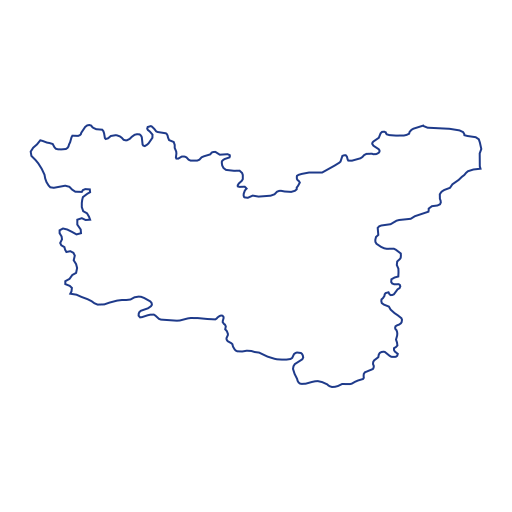 the district of Vileyka, Minsk, Belarus
{"feature_id": "67162791B71807573158689", "entity_name": "Vileyka", "entity_type": "district", "adm_level": 2, "iso_a3": "BLR", "parent_name": "Belarus", "parent_adm1": "Minsk", "projection": "natural_earth1", "projection_center": [27.139, 54.501], "detail": "fine", "context": "isolated", "style": "outline", "palette": "blue", "viewbox_px": 512, "rotation_deg": 0, "n_neighbors": 0, "source": "geoboundaries", "source_scale": "gbopen_adm2", "svg_char_len": 6016}
<svg xmlns="http://www.w3.org/2000/svg" viewBox="0 0 512 512"><path d="M70.3,293.7L76.5,294.7L81.4,296.9L87.6,299.2L91.6,301.2L94.3,303.2L97.6,304.6L104.3,304.4L109.5,302.6L117.1,300.6L121.9,300.0L126.3,300.0L130.5,299.5L134.5,297.3L138.7,296.6L141.1,296.8L144.2,298.0L150.3,301.4L151.6,303.0L151.9,304.8L151.0,306.2L148.0,308.3L140.8,310.8L139.3,312.2L138.7,313.7L138.6,315.7L140.1,317.4L142.1,317.1L147.6,315.3L150.2,314.7L153.8,314.6L155.4,315.6L159.0,318.9L161.0,319.6L176.9,320.7L179.8,320.5L187.9,318.4L190.8,318.0L198.1,318.1L207.3,319.0L215.3,319.4L216.7,318.5L217.5,317.5L219.6,316.0L221.1,315.5L222.5,315.7L223.5,316.9L223.6,318.0L222.8,320.9L222.7,322.2L224.1,324.1L224.9,324.5L225.8,326.4L225.2,329.3L226.9,331.2L227.9,333.9L227.9,335.0L226.5,338.1L226.5,339.1L226.9,340.1L227.7,341.2L231.3,343.2L232.4,344.2L233.0,346.6L234.7,349.5L235.8,350.6L237.3,351.3L242.2,351.5L246.8,350.7L251.4,351.0L254.6,352.0L259.1,352.6L267.5,356.6L274.6,358.8L277.0,359.3L282.0,359.6L286.4,359.6L290.5,359.0L292.2,357.9L294.0,354.1L295.5,353.0L297.0,352.5L300.9,353.0L301.9,353.8L302.8,355.4L303.2,357.5L302.3,359.3L294.8,364.1L293.5,366.2L293.0,368.9L294.6,373.9L297.1,378.9L297.6,380.8L298.6,382.5L300.0,383.6L301.7,383.9L305.7,383.7L311.8,382.0L315.0,381.3L317.8,381.1L322.2,382.1L327.3,384.4L328.3,385.4L329.6,386.2L332.0,387.0L335.0,386.8L338.0,386.0L342.1,384.0L349.9,384.1L351.7,383.7L355.0,381.8L358.0,380.5L363.0,379.0L363.8,377.8L363.6,375.9L363.8,373.9L364.9,372.3L372.9,369.0L373.6,367.7L373.8,366.0L373.0,364.0L373.2,362.0L374.1,360.4L378.3,357.2L378.8,354.5L379.8,352.9L381.5,352.0L383.7,351.7L384.9,352.0L389.6,355.8L391.3,356.8L393.9,356.9L395.8,356.8L397.2,355.8L397.8,353.9L394.8,351.5L394.0,350.0L394.0,348.2L396.0,347.0L397.4,345.5L397.0,342.5L396.0,339.6L397.1,335.7L397.3,333.8L397.1,332.0L396.5,330.2L395.5,329.2L395.1,327.9L395.5,326.3L397.3,325.2L398.9,324.7L400.9,323.3L401.6,322.2L402.0,319.8L401.4,318.2L397.9,315.4L394.5,313.1L390.6,309.6L388.9,306.6L383.9,304.6L381.8,303.1L381.3,301.1L381.5,299.4L382.9,298.2L384.4,296.0L384.7,294.3L385.6,293.1L388.5,292.3L389.4,294.1L390.6,295.1L392.3,295.0L393.9,294.3L397.6,289.3L399.5,288.2L400.3,286.4L399.9,285.0L398.7,284.2L394.3,284.3L392.2,283.5L391.2,282.0L391.4,279.3L394.6,277.5L398.3,276.5L398.5,272.5L398.4,268.7L396.8,265.0L397.2,261.5L399.9,259.0L400.7,257.8L400.9,255.7L400.8,253.5L395.8,249.7L393.8,248.7L386.7,248.8L384.2,248.3L381.1,246.9L376.5,243.8L375.4,241.9L375.3,239.9L376.0,237.0L378.3,234.9L377.7,227.9L379.2,226.3L381.3,225.5L390.6,224.2L396.5,220.7L399.1,220.0L410.7,218.8L414.9,216.2L428.4,211.7L428.7,210.1L428.7,208.6L431.9,206.2L437.4,205.5L440.0,204.3L440.8,202.5L440.6,200.7L439.9,198.8L439.8,194.3L441.0,192.4L442.0,191.4L444.2,190.0L450.0,187.8L452.4,184.3L458.7,179.9L461.9,176.8L464.3,175.0L466.1,172.8L468.0,171.2L473.4,169.5L480.5,168.7L479.8,166.3L479.7,153.4L481.3,149.0L479.9,142.6L478.8,139.3L475.7,137.2L467.5,136.0L464.4,135.2L464.2,133.9L463.1,132.1L459.5,130.4L449.6,128.8L427.6,127.7L423.4,126.0L423.2,125.6L413.4,128.7L411.5,129.8L409.6,131.9L409.1,133.7L406.6,134.9L404.0,135.5L396.0,135.6L389.3,135.1L386.7,134.3L386.0,133.3L385.8,132.4L384.2,131.7L382.0,131.9L380.6,133.3L378.8,137.8L373.4,141.5L372.5,142.5L372.2,143.8L373.4,145.7L378.7,149.2L379.5,150.4L379.5,151.6L378.9,152.6L377.5,153.5L376.1,154.1L373.3,154.2L371.9,153.7L366.4,153.9L364.1,155.1L362.4,157.0L360.4,158.3L351.9,160.7L348.3,160.6L347.7,159.6L346.9,156.6L345.7,155.2L344.1,155.3L342.4,155.9L340.5,161.6L339.3,162.7L334.6,165.6L322.2,172.5L309.2,172.5L301.8,173.9L298.7,174.8L297.0,175.8L296.8,176.9L296.9,178.9L297.6,180.1L299.0,181.2L299.8,182.6L298.0,185.9L296.7,187.6L296.7,189.3L294.9,190.8L291.2,191.9L284.7,191.5L281.0,190.8L279.1,190.9L277.0,191.7L274.5,194.3L270.6,195.7L258.6,196.6L252.7,195.6L247.8,197.8L244.6,197.4L244.0,196.9L243.6,195.5L243.7,193.8L244.7,190.9L245.5,189.7L246.6,188.6L245.6,187.5L244.7,186.7L239.5,186.9L237.8,186.4L237.7,185.3L238.8,183.5L241.8,180.8L242.8,179.1L242.8,175.0L242.1,173.0L239.6,170.7L234.0,170.8L226.0,169.9L223.5,168.0L222.2,165.5L221.8,162.9L221.9,161.3L223.0,160.1L224.5,159.1L229.5,157.4L229.9,156.1L229.7,155.1L227.5,154.2L219.8,154.7L215.4,151.9L213.3,152.0L211.8,152.5L210.2,154.4L203.9,156.3L201.6,157.3L199.4,159.7L197.2,160.6L190.6,160.6L188.6,159.7L186.5,157.4L184.7,156.6L183.1,156.5L181.7,156.6L178.3,158.6L176.4,158.6L175.9,157.6L176.4,153.5L176.2,151.5L174.7,147.9L174.7,144.9L173.7,142.0L169.1,140.1L168.0,137.5L167.6,135.6L166.9,134.2L165.9,133.3L157.6,132.0L156.2,131.4L154.3,128.9L151.8,126.5L150.8,126.1L147.7,127.0L147.2,128.7L147.9,130.0L149.8,131.5L152.5,134.6L152.4,137.8L148.6,143.3L147.2,144.6L144.8,146.1L143.3,145.6L142.6,144.6L141.8,137.3L141.4,136.3L140.4,135.0L139.6,134.4L137.0,134.2L134.6,134.8L131.8,136.8L129.7,138.9L126.9,140.3L125.5,140.3L123.6,139.8L121.8,137.8L119.9,136.4L116.8,135.3L115.5,135.2L110.8,136.0L108.1,138.3L105.7,139.0L104.9,138.1L104.1,133.4L103.4,131.2L102.2,129.7L96.2,129.2L93.4,127.9L92.4,127.2L91.2,125.6L89.3,125.0L87.2,125.4L85.2,126.9L81.3,132.7L80.8,134.3L79.8,135.2L78.1,135.9L72.4,135.7L71.5,137.3L70.1,142.3L69.1,144.3L68.4,146.6L67.5,147.9L65.9,149.0L61.3,149.4L58.0,149.3L55.9,148.8L54.5,147.3L52.7,144.0L49.4,143.0L47.0,142.6L42.8,141.0L40.3,140.3L37.0,144.4L33.2,147.7L30.7,151.6L31.4,155.9L35.5,160.0L38.3,163.4L41.7,168.8L44.5,174.7L45.2,178.5L46.5,182.1L48.6,185.5L50.3,187.3L53.8,187.8L65.2,185.7L69.4,186.8L72.1,189.6L75.3,191.7L81.8,191.9L82.9,190.1L85.3,189.1L89.8,189.4L90.1,192.2L87.4,193.7L82.9,197.1L82.2,199.9L81.8,203.0L81.8,207.1L83.2,211.2L87.0,213.3L89.0,216.7L90.1,219.7L85.6,220.0L81.8,218.2L77.3,219.7L77.3,224.6L80.7,229.5L81.0,233.2L76.5,234.4L72.0,231.9L67.2,229.5L63.0,228.5L59.6,230.3L59.6,233.2L61.6,236.5L62.0,239.3L60.2,243.0L61.3,245.3L64.4,247.1L65.1,249.7L66.4,252.0L70.3,251.2L73.4,252.8L74.8,255.6L73.7,260.3L76.1,264.1L77.1,268.0L76.1,272.9L72.3,275.0L69.5,278.9L65.3,281.2L65.3,284.1L69.8,285.9L71.9,287.9L71.5,291.3L70.3,293.7Z" fill="none" stroke="#1e3a8a" stroke-width="2"/></svg>